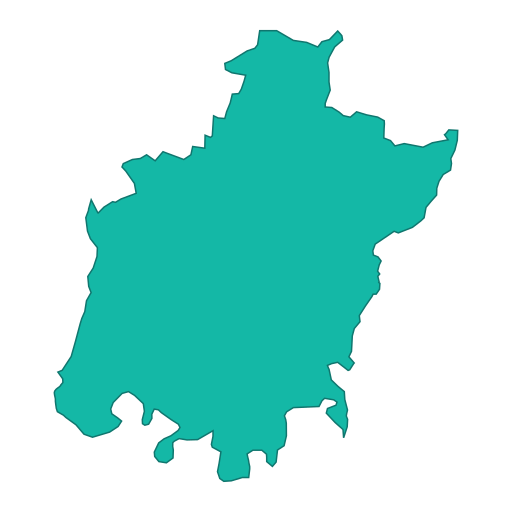 Mandalay, Mandalay, Myanmar (Albers equal-area conic projection)
{"feature_id": "60261553B2723221956862", "entity_name": "Mandalay", "entity_type": "district", "adm_level": 2, "iso_a3": "MMR", "parent_name": "Myanmar", "parent_adm1": "Mandalay", "projection": "albers", "projection_center": [96.164, 21.97], "detail": "fine", "context": "isolated", "style": "filled", "palette": "teal", "viewbox_px": 512, "rotation_deg": 0, "n_neighbors": 0, "source": "geoboundaries", "source_scale": "gbopen_adm2", "svg_char_len": 3318}
<svg xmlns="http://www.w3.org/2000/svg" viewBox="0 0 512 512"><path d="M343.6,437.8L347.2,426.8L347.6,419.4L346.3,416.0L346.7,413.4L347.5,410.0L344.8,399.5L344.3,391.6L337.9,386.3L331.3,379.9L329.0,369.1L328.6,368.6L327.4,365.4L331.7,363.6L337.7,362.3L348.1,370.4L349.7,369.8L353.8,363.4L354.2,363.0L348.9,356.8L351.5,351.3L352.3,335.9L354.3,328.5L360.0,321.7L359.3,315.7L359.6,315.1L365.4,306.0L371.9,296.6L373.1,294.2L376.2,294.1L379.5,289.3L379.9,283.4L378.8,282.5L379.1,281.9L377.8,276.3L379.7,274.0L377.6,271.2L379.2,264.9L381.1,261.0L378.0,256.9L373.4,255.1L372.8,250.8L375.2,244.1L394.1,231.3L398.3,232.9L412.5,227.3L420.8,220.9L424.1,217.8L426.0,207.4L430.9,201.5L436.6,195.1L436.8,188.2L439.0,181.3L443.2,174.5L450.5,170.1L451.5,163.5L450.8,158.6L454.9,150.1L457.3,140.3L457.7,130.4L448.8,129.9L445.7,133.8L444.5,134.7L448.1,139.8L432.3,142.8L423.1,147.2L404.2,143.6L394.9,145.9L390.5,140.6L383.8,138.0L384.1,128.6L384.4,124.0L384.2,120.7L377.7,117.1L366.3,114.8L356.6,111.8L350.3,117.2L343.2,115.6L339.1,112.1L331.8,107.5L325.2,107.0L325.2,103.4L326.6,99.4L330.2,90.1L329.0,82.0L329.0,72.5L327.6,62.9L329.1,57.2L334.7,46.9L342.6,40.1L341.9,35.8L340.8,34.4L337.7,31.0L329.4,39.6L321.9,41.7L317.8,47.0L306.7,42.4L293.3,40.4L276.7,30.7L259.7,30.7L257.6,44.8L254.8,48.3L247.2,50.9L231.1,60.8L224.8,63.4L225.5,69.5L231.9,72.8L245.7,75.2L244.1,81.1L241.3,89.2L238.7,93.6L232.3,94.1L231.6,97.2L230.2,103.0L226.6,111.7L224.8,118.5L218.2,118.0L213.6,115.8L212.3,135.9L210.5,137.4L205.1,135.2L204.8,148.2L192.7,146.5L190.9,154.8L183.8,159.5L166.9,153.2L163.0,151.7L155.2,160.8L155.0,160.7L146.6,154.8L140.3,158.5L132.4,159.5L123.3,163.6L122.0,167.0L125.8,171.1L134.4,183.4L136.2,193.3L121.0,199.0L115.5,202.3L112.6,201.7L104.0,207.1L98.3,212.9L97.8,212.8L91.2,199.8L88.6,209.0L88.5,210.4L85.8,217.7L87.5,231.1L90.4,238.7L95.4,245.1L97.4,247.6L97.0,256.5L93.2,268.1L91.2,271.2L87.8,276.5L88.7,286.3L88.8,286.6L91.1,292.6L86.5,300.7L84.8,311.6L81.8,318.5L80.2,323.7L75.4,341.7L71.2,356.5L62.2,370.3L57.9,372.1L62.7,378.8L62.9,382.5L60.7,385.1L60.6,385.6L59.0,387.1L57.7,388.0L56.1,389.3L54.7,391.1L54.3,392.7L54.6,395.1L55.0,396.9L55.4,398.9L55.4,401.3L55.7,404.0L56.0,406.1L56.3,408.3L57.4,411.7L63.5,415.2L65.8,417.4L76.0,424.8L84.0,434.2L92.5,437.2L109.6,432.1L118.1,426.5L121.6,421.1L117.8,418.0L111.8,413.8L110.7,409.0L113.2,402.5L122.1,393.4L128.5,391.6L134.6,395.4L143.3,403.6L144.4,411.3L142.3,419.6L142.5,423.7L144.8,425.2L148.6,424.2L151.9,418.4L151.8,414.2L154.2,409.1L158.4,409.8L161.3,412.6L171.3,419.7L178.4,424.2L180.0,427.5L178.1,430.5L170.9,435.8L164.1,438.8L158.7,442.9L154.3,452.1L154.7,456.5L158.9,461.6L166.4,462.8L173.0,458.0L173.3,450.0L172.7,446.4L172.8,442.6L174.4,441.1L179.1,438.6L187.0,439.9L197.6,439.6L213.0,430.7L213.0,436.3L211.4,444.4L212.3,447.2L220.9,451.8L219.1,463.4L217.5,471.7L219.8,478.5L223.8,481.3L231.3,480.8L242.3,477.5L248.7,477.5L249.7,469.0L249.7,466.6L248.9,462.9L248.5,460.2L247.7,457.0L247.1,453.9L252.9,450.2L261.8,450.2L266.5,454.2L266.7,457.4L266.7,461.6L272.4,466.4L276.1,462.1L277.5,450.0L284.1,445.7L286.4,435.8L286.3,423.3L285.7,419.6L284.4,415.8L286.6,411.8L293.4,407.6L319.0,406.5L322.0,400.7L324.6,398.3L333.7,399.8L337.0,402.1L336.0,405.2L327.5,408.5L326.3,413.1L335.1,422.5L343.0,429.5L343.6,437.8Z" fill="#14b8a6" stroke="#0f766e" stroke-width="1.5"/></svg>